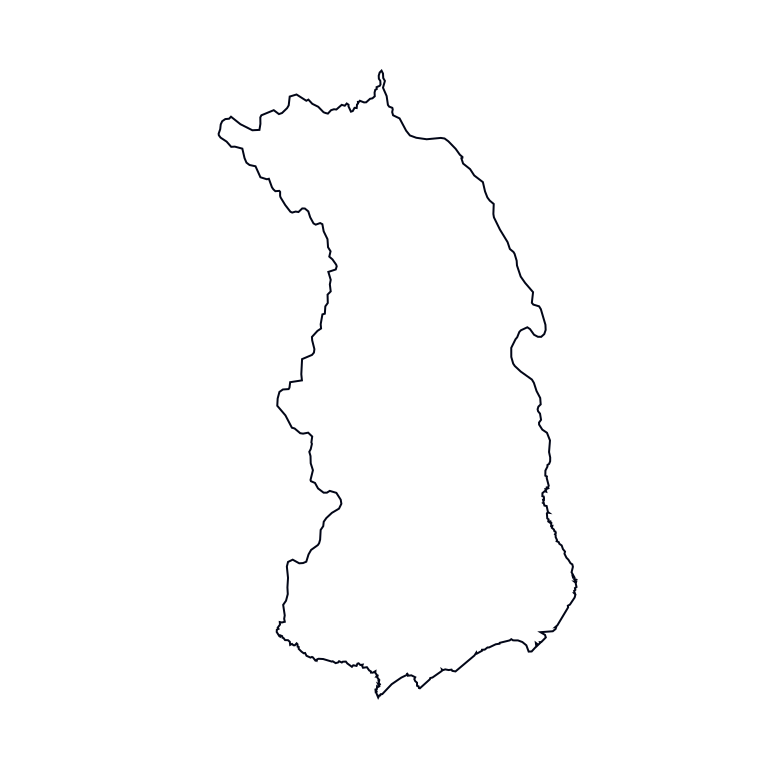 Rioverde, Esmeraldas, Ecuador (Equal Earth projection), rotated 164°
{"feature_id": "8360857B16857875434642", "entity_name": "Rioverde", "entity_type": "district", "adm_level": 2, "iso_a3": "ECU", "parent_name": "Ecuador", "parent_adm1": "Esmeraldas", "projection": "equal_earth", "projection_center": [-79.313, 0.83], "detail": "fine", "context": "isolated", "style": "outline", "palette": "ink", "viewbox_px": 768, "rotation_deg": 164, "n_neighbors": 0, "source": "geoboundaries", "source_scale": "gbopen_adm2", "svg_char_len": 6104}
<svg xmlns="http://www.w3.org/2000/svg" viewBox="0 0 768 768"><g transform="rotate(164 384 384)"><path d="M476.6,89.5L476.0,84.2L474.3,86.0L473.4,85.7L472.7,86.7L471.1,86.4L459.4,93.3L448.3,97.0L441.4,98.2L441.8,100.0L441.2,98.2L441.4,97.0L438.0,96.4L434.8,93.5L436.2,92.0L435.9,89.8L434.6,87.8L435.4,84.8L434.1,83.8L434.2,82.1L433.4,81.6L421.3,87.5L420.6,88.6L418.3,88.5L409.0,91.7L407.0,92.5L407.0,93.6L406.3,92.7L403.8,92.8L400.7,91.2L397.8,90.8L397.4,89.4L394.5,88.0L371.9,98.1L369.3,100.4L369.3,99.3L370.1,99.0L363.2,100.6L363.0,101.5L360.4,100.9L357.2,102.2L355.6,101.8L348.3,103.0L344.5,102.5L344.1,103.3L333.9,102.9L332.0,103.6L330.6,102.0L325.9,100.6L322.1,97.8L319.2,93.6L318.7,86.9L315.8,86.2L309.9,89.8L309.4,93.2L308.4,91.8L309.0,90.1L305.2,92.1L305.3,92.9L303.9,92.6L298.3,95.8L298.4,98.5L302.0,102.3L289.9,99.8L286.6,101.2L285.3,103.1L286.1,103.2L283.8,104.3L268.6,118.5L268.4,120.2L266.1,120.7L259.6,126.2L258.0,128.9L258.9,130.6L258.2,130.5L258.3,132.7L256.8,133.4L256.7,135.2L254.9,135.8L254.7,139.3L253.9,140.7L254.8,140.6L255.5,141.6L254.9,141.4L254.8,142.2L253.3,143.0L255.0,144.2L254.2,145.4L254.6,147.0L255.6,146.4L255.6,148.5L255.0,148.9L255.6,151.3L252.8,156.2L252.7,158.7L254.1,160.3L255.2,164.3L256.5,166.7L257.3,171.1L256.2,173.0L257.5,176.0L257.7,179.8L259.5,182.1L259.6,183.8L261.4,185.3L260.7,186.2L261.2,189.5L260.6,191.5L261.1,192.4L259.9,193.4L259.9,194.9L260.8,195.5L260.8,197.3L262.3,199.5L261.3,201.2L262.5,201.4L261.5,204.3L262.0,204.5L261.9,206.1L262.5,206.2L262.8,205.1L264.0,206.6L263.1,208.5L264.1,209.8L263.1,214.7L262.3,215.3L260.9,214.7L261.7,215.8L261.3,221.9L263.3,222.9L263.3,225.0L263.9,225.8L263.2,226.0L263.0,228.8L262.2,228.5L261.6,230.4L261.5,231.8L262.7,232.5L261.8,235.4L259.1,236.7L257.8,235.8L257.8,238.4L256.9,238.1L256.4,239.1L256.1,238.4L254.7,238.5L254.8,239.6L253.7,240.8L253.5,248.9L252.9,250.2L254.2,251.4L252.7,256.3L249.7,259.5L249.2,261.1L247.3,261.7L245.6,263.9L244.5,267.5L244.1,273.1L240.0,284.0L240.8,292.2L244.4,296.5L246.1,302.2L245.6,304.2L242.9,306.3L242.2,312.5L243.4,315.3L243.3,317.4L241.8,319.7L239.0,321.2L237.7,327.5L239.3,335.2L239.6,343.8L240.6,347.5L249.1,358.2L253.3,365.2L254.2,368.0L254.2,374.9L251.7,383.7L245.2,390.8L243.1,392.2L239.6,396.7L237.6,397.9L230.6,399.0L228.5,396.5L226.2,390.0L223.1,387.0L219.9,386.0L216.2,387.8L213.7,391.4L212.5,396.4L212.6,412.7L213.5,415.9L218.6,419.2L219.5,421.3L215.4,431.2L220.5,442.3L223.0,449.6L223.5,461.3L222.5,465.9L222.6,473.1L223.1,475.1L225.8,479.1L226.1,486.3L230.0,500.5L232.4,513.9L232.0,517.3L228.9,526.8L231.8,531.1L233.2,534.8L233.8,541.3L233.3,550.8L239.8,559.6L242.0,566.8L247.2,574.1L247.4,579.7L246.3,579.8L246.0,580.6L247.9,583.5L250.3,590.3L255.2,599.5L258.1,603.3L261.6,604.9L275.5,607.5L285.1,611.8L290.6,615.8L292.9,621.4L295.8,635.0L301.2,639.8L301.2,643.1L299.9,645.6L299.9,647.2L302.6,649.2L303.3,651.2L302.1,660.1L303.3,669.1L299.6,675.1L300.4,678.3L299.4,682.7L300.0,685.9L302.3,684.6L304.1,681.8L304.8,678.8L304.0,676.4L304.8,672.9L305.9,671.8L309.3,671.4L309.7,669.5L311.3,669.2L312.7,666.8L313.6,663.1L316.4,661.8L318.8,662.0L323.5,659.7L325.6,660.2L329.1,662.9L329.9,662.2L331.3,662.4L331.6,660.8L332.9,660.1L334.2,656.8L336.2,657.6L338.8,655.0L340.7,654.9L341.6,660.7L341.1,662.2L342.5,663.9L345.0,662.3L347.7,664.0L354.1,661.0L356.4,661.9L359.4,661.8L363.4,659.4L365.5,660.6L367.2,661.9L370.8,668.6L375.7,673.1L378.3,678.2L380.6,677.7L388.3,686.4L395.4,686.3L398.8,678.1L401.1,675.9L407.3,672.6L410.6,672.4L414.5,677.6L427.8,676.1L429.4,674.4L431.1,668.1L433.7,662.6L440.6,664.2L450.4,673.3L457.4,683.1L459.8,681.7L463.5,682.4L467.1,681.2L469.4,678.5L471.2,674.1L474.0,670.1L474.2,668.6L473.2,665.9L468.5,660.4L465.5,654.1L462.0,653.3L455.3,649.3L455.8,639.6L455.2,634.7L452.9,631.6L447.5,628.7L445.8,616.8L440.2,613.1L438.1,613.0L437.5,604.0L436.7,601.6L435.3,599.3L431.4,598.5L430.9,597.3L432.0,593.5L432.0,591.9L429.6,583.2L426.5,575.4L425.0,574.1L421.4,574.1L418.8,572.9L414.2,575.3L411.7,574.5L409.2,570.8L409.0,564.6L407.5,557.8L405.7,556.0L401.0,556.3L399.2,554.6L399.9,547.4L398.4,538.8L400.1,530.9L398.8,526.3L401.5,521.5L399.2,518.0L397.1,511.9L397.0,510.2L398.8,507.4L406.6,507.1L406.5,498.8L408.6,494.7L409.7,487.7L413.6,485.5L415.7,477.4L419.0,474.8L421.5,467.9L424.0,467.9L428.4,458.9L429.2,454.7L433.3,453.4L440.3,449.1L441.0,445.8L441.3,436.7L442.7,433.5L445.2,431.8L455.9,430.5L460.8,416.2L461.9,410.1L473.7,411.6L475.9,406.5L477.1,405.4L482.7,406.6L486.7,405.2L490.2,399.4L492.6,392.5L487.4,381.0L484.6,367.4L482.2,365.9L478.1,359.8L475.5,358.6L470.3,358.1L467.5,353.3L469.9,347.9L469.8,346.3L472.4,341.6L474.5,339.4L474.5,335.0L476.3,328.0L476.1,320.7L481.1,312.0L481.0,310.7L477.6,307.9L476.2,301.8L472.0,296.2L468.8,295.3L465.6,296.2L459.8,292.5L457.5,284.7L458.0,280.6L461.6,276.6L469.6,274.5L476.3,271.1L479.9,268.2L481.6,264.1L485.1,261.2L488.3,252.0L490.3,248.8L492.0,247.4L499.8,244.6L503.5,241.0L507.7,234.6L511.2,234.2L514.9,235.0L520.2,240.3L525.3,239.4L527.7,235.3L529.7,224.1L532.9,215.1L534.4,208.6L537.9,202.7L541.8,199.5L543.2,188.9L544.7,185.8L544.9,182.8L547.9,182.9L549.8,183.9L550.3,181.4L553.3,179.1L552.9,177.7L554.7,177.4L555.5,175.2L554.1,170.4L553.5,169.8L552.9,170.9L551.4,169.7L551.5,168.1L550.6,167.5L549.7,165.1L546.9,164.2L545.6,162.2L546.1,159.1L544.1,159.5L543.0,157.8L541.8,157.4L539.5,158.8L538.9,157.7L539.4,155.3L538.5,154.7L539.0,152.9L537.1,149.5L535.4,147.3L534.0,147.2L533.4,144.1L530.1,141.3L528.5,141.5L527.7,140.8L526.2,137.1L525.4,137.4L524.9,136.6L524.0,137.8L522.6,137.9L518.3,136.4L510.6,131.5L509.7,131.6L507.4,129.0L504.8,129.0L503.6,129.9L501.3,127.9L500.2,128.4L497.2,127.7L496.3,125.5L492.8,121.0L491.1,122.1L488.1,120.6L486.6,122.5L485.4,122.5L484.2,120.4L481.9,120.1L482.7,119.0L482.4,117.0L478.5,116.5L477.2,112.8L475.8,111.3L476.1,110.2L474.3,109.6L471.4,110.3L472.0,108.7L470.9,106.0L471.8,105.1L470.7,105.1L471.4,103.8L470.1,100.8L470.4,100.2L470.7,101.4L471.0,101.0L471.3,97.8L470.7,96.4L471.3,96.0L472.3,97.1L471.9,94.7L473.4,94.4L474.0,95.2L475.0,92.7L476.4,92.7L476.8,90.6L475.9,90.9L475.8,90.3L476.6,89.5Z" fill="none" stroke="#020617" stroke-width="2"/></g></svg>